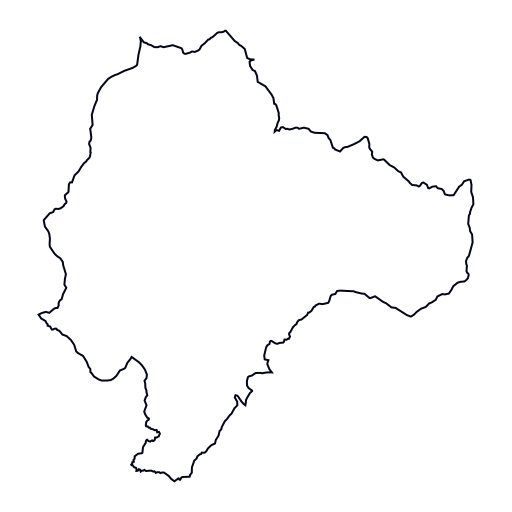 Vergara, Cundinamarca, Colombia (Albers equal-area conic projection)
{"feature_id": "7082276B80485055582459", "entity_name": "Vergara", "entity_type": "district", "adm_level": 2, "iso_a3": "COL", "parent_name": "Colombia", "parent_adm1": "Cundinamarca", "projection": "albers", "projection_center": [-74.318, 5.125], "detail": "fine", "context": "isolated", "style": "outline", "palette": "ink", "viewbox_px": 512, "rotation_deg": 0, "n_neighbors": 0, "source": "geoboundaries", "source_scale": "gbopen_adm2", "svg_char_len": 5963}
<svg xmlns="http://www.w3.org/2000/svg" viewBox="0 0 512 512"><path d="M245.4,405.2L246.1,399.9L246.7,398.5L249.9,393.1L252.1,391.1L252.0,390.5L248.5,388.0L247.0,385.6L246.9,381.0L247.9,377.2L248.9,376.4L251.8,375.6L255.7,373.0L260.9,372.9L262.1,373.3L266.9,372.4L271.9,372.4L269.5,369.4L267.4,364.4L267.4,363.1L268.4,360.2L264.7,359.4L264.2,355.6L266.1,347.4L267.5,345.1L269.4,344.1L270.1,341.4L270.7,340.9L271.7,341.0L275.2,343.3L277.3,343.8L279.8,342.9L283.2,342.6L283.9,341.8L284.5,339.5L286.4,339.8L288.0,338.7L288.9,338.8L290.0,336.5L289.1,334.5L289.2,333.2L290.4,331.9L292.9,327.3L294.7,325.3L296.4,324.2L297.1,322.3L298.7,320.2L301.5,319.5L307.2,314.9L308.1,312.6L309.1,312.6L311.4,310.9L313.8,306.9L315.2,306.4L315.5,305.5L319.1,303.7L322.7,304.1L328.1,302.9L329.1,301.3L330.7,295.9L332.0,294.7L335.3,294.0L337.0,291.1L339.8,290.6L353.8,291.3L355.2,292.0L362.0,293.6L364.5,293.8L369.5,298.0L370.3,298.1L375.1,296.3L383.1,301.9L386.2,303.3L391.4,307.4L395.6,307.9L406.9,315.1L410.9,316.6L413.8,314.8L416.6,312.0L420.9,308.8L425.8,306.9L429.2,303.4L431.8,302.4L435.7,299.8L437.5,296.4L442.2,294.1L444.9,294.4L448.8,293.6L451.2,290.2L453.2,286.3L457.4,282.8L460.0,281.9L464.5,281.4L465.8,280.5L467.8,278.4L468.7,275.0L468.4,273.7L467.4,273.0L466.5,271.4L466.9,265.5L466.3,264.1L466.0,261.0L467.5,257.4L468.5,256.6L469.2,254.9L472.6,242.5L472.1,234.5L470.1,231.1L469.7,227.8L468.2,223.8L468.9,215.5L469.9,213.8L470.1,212.0L471.6,207.6L473.4,204.2L473.0,197.3L471.2,191.8L471.5,185.0L470.6,180.2L470.0,179.7L468.5,179.7L464.1,181.3L461.9,184.7L459.1,186.7L453.6,195.2L449.4,195.4L445.3,194.5L444.8,194.1L443.7,191.0L441.7,189.0L437.7,188.2L436.0,186.2L432.2,186.7L429.5,188.3L428.2,188.1L426.9,184.8L423.4,182.5L422.0,182.9L419.8,185.9L418.9,186.5L416.6,185.4L412.2,185.0L409.7,182.8L408.8,181.4L403.3,176.7L401.0,172.4L398.2,171.2L394.3,167.5L389.7,165.1L384.2,159.7L383.4,159.3L377.8,160.4L374.5,158.9L372.9,157.5L371.9,154.7L372.2,151.7L369.6,148.5L369.2,146.9L369.4,144.1L367.7,138.1L366.6,137.0L364.5,136.8L359.6,141.2L354.3,144.0L347.5,146.9L345.6,147.0L343.3,147.9L340.0,151.5L334.9,149.4L334.4,148.4L332.9,147.7L330.4,140.1L328.5,137.8L327.5,135.1L324.8,133.2L314.9,132.8L313.0,132.3L310.8,131.5L308.6,128.8L303.9,127.7L299.0,128.8L297.7,127.8L295.9,127.6L292.0,129.0L289.3,129.5L287.4,128.8L285.7,129.0L283.1,127.2L281.8,127.3L280.8,127.6L279.1,130.8L276.5,130.1L274.7,131.7L274.9,129.9L276.6,126.8L277.6,123.0L278.9,120.3L279.2,118.2L278.6,114.6L278.8,113.2L276.3,105.3L275.4,104.1L274.2,103.8L273.4,98.0L271.6,94.7L265.4,86.3L257.7,81.9L257.0,75.7L255.0,71.1L252.5,69.9L250.1,66.0L249.6,62.5L249.6,61.6L251.2,60.3L254.4,59.6L250.0,59.3L247.2,58.0L244.7,48.9L241.2,45.9L239.3,44.9L237.7,43.0L234.8,41.1L225.8,30.7L224.9,30.8L223.7,31.7L222.0,32.2L218.6,32.3L217.1,33.0L212.6,37.1L210.9,37.8L209.5,39.3L208.2,39.6L204.8,43.2L201.5,45.8L199.6,49.3L198.5,50.3L194.9,51.9L192.0,51.5L189.8,52.7L185.5,53.9L184.2,53.6L183.1,52.5L182.3,49.5L181.4,48.2L172.8,45.2L163.6,47.2L160.5,46.2L157.5,47.2L154.3,47.1L151.2,45.2L148.0,44.3L146.7,43.1L143.9,42.4L139.6,36.8L140.3,38.1L140.8,41.5L140.4,46.3L138.5,54.7L137.1,64.8L136.2,65.8L132.7,67.9L124.4,70.8L117.6,74.2L115.1,75.0L111.3,76.8L108.0,79.0L101.0,87.3L97.8,93.2L97.2,95.4L97.0,99.9L94.5,105.8L91.8,114.7L92.6,125.0L90.2,128.7L91.3,137.1L91.1,139.3L90.5,140.8L89.5,141.7L89.1,144.0L90.6,148.0L90.3,152.1L90.7,152.4L90.0,156.3L89.4,157.8L87.1,160.0L86.0,161.6L84.0,163.2L81.1,167.1L78.5,171.5L74.5,175.4L72.0,182.4L70.2,182.3L68.9,184.3L68.5,191.7L68.2,192.3L65.0,195.1L64.8,196.0L65.1,198.6L66.5,201.4L66.2,203.0L64.6,204.2L63.6,206.1L60.8,208.2L58.8,208.9L55.5,208.8L54.6,209.3L53.1,212.1L49.7,213.3L43.7,220.2L44.9,226.5L48.5,231.7L49.3,234.2L49.9,238.3L49.6,244.9L49.9,246.8L54.6,253.8L57.3,256.3L60.2,258.2L62.8,261.9L63.1,265.0L65.9,274.2L64.9,279.1L64.4,284.6L66.3,287.8L63.0,294.3L61.6,299.3L60.0,300.3L59.0,302.0L58.6,303.3L58.7,305.4L57.6,307.9L55.9,308.0L54.1,308.7L49.3,312.8L45.9,311.9L42.1,312.9L38.6,314.6L41.2,318.5L45.5,321.0L46.3,322.8L47.7,324.4L47.6,325.7L50.1,326.5L51.8,329.5L52.7,329.6L54.9,328.6L56.4,328.7L57.2,330.0L59.4,330.8L62.3,334.5L66.7,336.1L70.9,340.0L74.2,344.8L76.2,351.4L77.9,353.0L82.8,355.8L83.5,356.6L86.8,362.0L88.6,366.9L90.3,368.9L90.4,372.2L91.4,372.9L94.1,376.6L98.6,379.4L101.4,380.5L107.4,380.5L110.6,380.1L113.1,378.8L116.4,375.9L119.9,370.5L123.8,368.9L125.3,367.8L127.4,362.7L130.6,358.8L131.6,356.9L139.0,362.3L142.1,365.5L145.0,369.7L146.9,374.6L146.5,378.1L144.5,380.8L145.2,383.3L145.4,387.9L146.5,390.6L146.4,391.9L147.3,395.3L145.9,396.9L144.6,400.5L146.5,405.3L144.2,411.6L145.1,414.2L147.2,417.6L148.7,418.3L148.9,418.8L148.7,419.7L147.2,420.7L146.2,422.1L145.8,425.6L146.2,426.3L147.8,426.5L148.6,427.6L149.8,427.6L150.6,428.7L153.1,429.3L154.6,430.2L156.6,430.0L157.2,432.3L159.0,431.9L159.9,433.7L158.7,436.4L156.4,437.6L155.1,437.5L154.8,439.8L153.5,441.0L152.9,441.1L152.1,440.4L150.1,441.6L148.4,441.0L147.1,439.7L146.6,440.0L146.0,440.8L145.6,443.0L143.0,447.1L142.4,452.8L141.6,453.3L138.1,453.7L134.7,456.3L134.6,458.7L133.4,460.1L133.8,461.7L132.3,462.2L132.2,463.6L131.2,464.7L131.5,465.2L132.8,465.4L134.1,467.2L136.1,467.9L136.6,469.8L136.4,470.9L137.7,470.8L138.9,469.2L140.0,469.6L140.7,471.6L141.7,470.7L143.2,470.7L144.4,469.9L146.0,471.0L151.2,470.6L153.3,471.6L154.5,471.3L155.8,472.9L157.1,472.2L159.2,472.2L160.4,473.1L161.4,472.6L163.9,472.5L168.7,475.9L171.2,478.9L174.4,481.3L178.4,478.4L179.0,478.6L179.5,479.7L180.1,479.8L181.3,477.8L182.3,477.0L189.7,476.7L190.3,474.6L191.8,472.7L191.9,467.4L194.3,460.6L196.6,458.5L197.3,456.4L199.7,454.4L201.1,454.0L201.8,452.6L204.1,452.8L205.2,452.3L206.4,451.1L207.9,448.5L211.3,445.2L215.0,443.5L215.8,440.0L218.6,435.5L219.5,431.2L221.2,429.4L221.9,426.8L224.9,421.1L226.8,419.3L229.9,415.0L231.3,414.0L234.5,408.2L237.3,405.4L237.2,401.7L234.8,397.5L235.5,395.2L237.1,395.6L238.1,396.5L241.3,401.3L243.7,404.0L245.4,405.2Z" fill="none" stroke="#020617" stroke-width="2"/></svg>